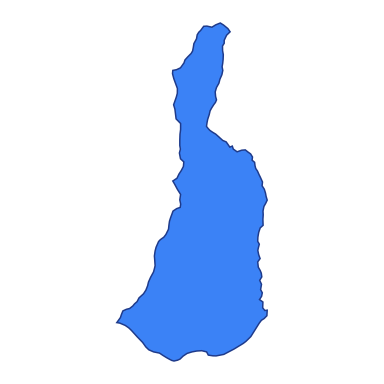 Narandiba, São Paulo, Brazil (Natural Earth projection)
{"feature_id": "56859067B67973256184477", "entity_name": "Narandiba", "entity_type": "district", "adm_level": 2, "iso_a3": "BRA", "parent_name": "Brazil", "parent_adm1": "São Paulo", "projection": "natural_earth1", "projection_center": [-51.523, -22.525], "detail": "fine", "context": "isolated", "style": "filled", "palette": "blue", "viewbox_px": 384, "rotation_deg": 0, "n_neighbors": 0, "source": "geoboundaries", "source_scale": "gbopen_adm2", "svg_char_len": 2546}
<svg xmlns="http://www.w3.org/2000/svg" viewBox="0 0 384 384"><path d="M230.1,31.8L227.9,28.6L223.5,25.0L220.3,23.0L215.8,24.8L211.9,27.2L206.9,26.1L203.7,26.3L200.6,30.5L198.8,32.2L197.2,34.8L196.5,38.8L193.9,43.6L193.3,47.4L192.6,51.0L191.1,53.5L188.0,56.6L185.0,59.9L184.0,62.9L180.5,67.8L176.5,69.7L172.8,70.4L172.5,73.7L173.8,78.6L175.5,83.3L177.4,88.5L177.3,93.4L176.3,97.1L173.6,104.8L174.9,109.1L176.1,118.9L180.6,123.5L180.6,129.5L180.0,134.3L179.8,140.4L179.8,145.6L180.4,149.1L179.4,153.0L180.5,158.8L183.8,161.9L183.4,166.5L181.3,170.5L179.0,174.0L177.0,178.2L172.8,181.0L174.7,184.3L177.5,189.5L180.6,194.4L179.8,199.9L180.7,204.2L180.2,207.4L176.7,208.6L173.0,211.1L171.9,214.2L170.7,217.4L169.5,221.1L169.0,224.6L168.5,229.2L165.9,234.5L163.8,237.2L160.4,239.6L158.6,241.5L156.1,247.2L155.1,251.0L154.4,256.0L154.7,259.7L155.1,265.7L154.3,269.1L153.5,272.0L150.6,277.3L148.5,282.0L147.6,285.8L145.9,290.1L143.5,293.8L139.0,297.9L137.1,301.6L134.5,303.9L132.8,306.0L129.6,308.5L126.4,309.3L122.9,310.9L121.4,314.6L120.4,317.6L116.8,322.6L119.8,323.1L125.2,325.4L128.7,327.8L131.5,330.5L137.2,336.8L142.6,342.4L145.8,346.9L148.8,349.8L153.6,351.9L156.1,352.4L159.5,353.1L163.1,355.5L166.5,357.6L169.2,359.1L171.7,360.4L174.0,361.0L177.5,360.2L180.0,359.1L183.1,356.1L187.1,353.4L192.0,351.9L196.8,351.0L201.8,350.7L206.6,351.9L208.3,355.1L212.8,355.8L216.1,355.9L223.8,354.4L234.1,349.0L243.4,343.3L245.9,341.4L250.8,336.6L259.2,323.2L261.4,320.3L264.2,318.5L266.9,315.7L267.2,310.2L264.8,310.5L262.7,307.8L262.9,302.0L259.5,299.6L261.6,296.3L262.3,292.8L260.6,289.6L261.5,284.3L259.7,280.3L261.8,276.9L261.3,273.2L260.2,270.5L258.3,267.2L257.7,261.9L260.1,258.6L258.7,254.7L257.8,250.4L258.4,247.6L259.3,244.2L257.7,241.3L257.9,237.1L258.7,232.4L260.2,227.9L263.1,225.3L262.9,219.4L263.2,214.8L263.0,211.1L263.9,206.5L265.8,203.1L267.2,200.1L266.1,196.4L265.5,193.1L264.3,189.2L262.1,185.8L262.5,182.0L260.3,177.1L259.0,174.5L257.5,171.1L255.7,168.4L255.0,165.6L254.6,162.3L252.1,160.2L252.5,157.0L250.6,153.9L247.8,151.9L245.3,149.9L241.7,150.2L237.1,151.8L233.3,149.1L232.3,146.1L229.8,147.1L226.2,141.9L222.7,140.4L219.6,137.6L215.7,134.1L212.7,132.3L209.9,130.4L208.2,128.6L206.5,126.4L207.0,122.8L207.7,119.3L209.2,114.7L210.1,110.8L211.7,107.9L213.8,104.6L215.4,102.5L216.5,99.9L215.6,96.5L215.2,91.9L216.5,87.5L218.9,83.2L219.9,79.3L221.9,74.7L222.8,70.4L222.1,66.8L222.7,63.4L223.1,59.6L223.3,54.7L222.6,50.7L222.5,46.0L224.2,43.3L224.2,40.3L226.6,35.2L230.1,31.8Z" fill="#3b82f6" stroke="#1e3a8a" stroke-width="1.5"/></svg>